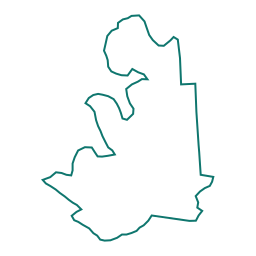 outline of Arvoredo, Santa Catarina, Brazil
{"feature_id": "56859067B69184854266350", "entity_name": "Arvoredo", "entity_type": "district", "adm_level": 2, "iso_a3": "BRA", "parent_name": "Brazil", "parent_adm1": "Santa Catarina", "projection": "orthographic", "projection_center": [-52.454, -27.062], "detail": "fine", "context": "isolated", "style": "outline", "palette": "teal", "viewbox_px": 256, "rotation_deg": 0, "n_neighbors": 0, "source": "geoboundaries", "source_scale": "gbopen_adm2", "svg_char_len": 1543}
<svg xmlns="http://www.w3.org/2000/svg" viewBox="0 0 256 256"><path d="M173.6,37.0L170.4,40.4L163.8,45.8L158.6,45.5L152.8,40.1L149.2,35.0L146.5,27.3L144.5,21.4L139.1,15.4L131.5,15.9L127.8,18.2L122.9,19.4L118.0,22.9L117.8,28.1L111.7,30.7L107.3,36.0L105.6,43.7L104.0,50.7L106.3,55.8L107.7,60.2L108.2,66.7L111.3,71.4L116.1,73.6L121.4,75.2L127.6,75.5L132.3,69.0L138.2,72.3L143.9,74.4L147.4,79.3L141.9,79.1L138.0,81.6L131.9,84.4L126.2,89.0L127.3,96.3L129.9,103.4L133.5,108.7L133.1,113.9L127.0,119.8L122.5,118.5L120.9,113.0L119.1,108.2L116.8,103.7L113.6,99.1L108.2,96.2L102.5,94.7L98.1,93.9L93.3,95.0L88.8,98.0L85.5,103.2L90.1,106.2L94.5,111.8L96.1,120.2L98.1,126.1L100.5,131.0L102.5,136.2L105.4,142.0L108.2,147.4L112.3,150.4L114.8,154.5L107.9,155.8L102.1,156.6L97.6,156.4L95.0,152.5L91.8,147.5L84.9,147.2L78.1,150.5L74.7,157.3L72.6,163.5L72.6,170.4L71.2,175.4L66.4,174.8L61.6,173.0L56.0,172.3L50.3,177.1L42.7,179.9L45.9,183.5L50.5,186.1L55.7,189.5L59.9,193.0L64.7,196.4L68.8,199.8L72.8,202.7L76.9,205.0L81.3,209.4L76.5,211.9L71.7,215.8L74.2,220.2L78.3,221.9L82.6,224.7L89.2,228.4L93.4,233.2L97.2,235.6L100.2,239.6L104.6,240.6L110.4,240.3L117.1,237.8L122.0,234.5L126.6,234.5L131.5,233.0L136.6,230.9L139.6,227.6L143.7,225.3L148.3,220.7L151.7,215.5L189.5,220.9L195.9,220.7L198.6,215.5L202.2,210.9L197.3,207.6L198.2,202.4L195.7,196.1L200.0,191.5L204.8,188.1L209.8,185.9L212.1,181.7L213.3,176.9L200.7,174.8L199.2,152.3L198.6,145.1L196.4,111.9L195.3,83.7L181.1,84.4L180.0,58.1L177.8,39.6L173.6,37.0Z" fill="none" stroke="#0f766e" stroke-width="2"/></svg>